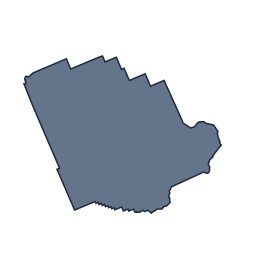 outline of Madison, Montana, United States of America, rotated 157°
{"feature_id": "52423323B46649756704287", "entity_name": "Madison", "entity_type": "district", "adm_level": 2, "iso_a3": "USA", "parent_name": "United States of America", "parent_adm1": "Montana", "projection": "natural_earth1", "projection_center": [-111.999, 45.284], "detail": "fine", "context": "isolated", "style": "filled", "palette": "slate", "viewbox_px": 256, "rotation_deg": 157, "n_neighbors": 0, "source": "geoboundaries", "source_scale": "gbopen_adm2", "svg_char_len": 1190}
<svg xmlns="http://www.w3.org/2000/svg" viewBox="0 0 256 256"><g transform="rotate(157 128 128)"><path d="M193.9,215.8L199.0,214.0L200.1,214.1L200.8,215.0L202.0,215.5L203.9,213.6L204.4,210.3L204.0,210.0L204.5,209.1L205.5,208.7L206.5,209.3L207.0,184.7L206.7,117.7L209.5,117.7L209.2,73.3L187.0,73.2L187.0,71.0L184.5,71.1L184.5,68.8L182.0,68.9L182.0,66.7L179.5,66.7L179.5,64.4L177.0,64.4L177.0,62.2L174.5,62.2L174.5,60.0L172.1,60.0L172.1,57.8L164.7,57.8L164.7,53.4L159.7,53.4L159.7,51.2L154.6,51.2L154.6,49.4L154.4,47.7L150.1,45.9L146.6,46.4L145.1,44.5L141.8,44.6L139.8,40.5L136.4,41.6L135.5,41.1L133.2,42.1L128.5,40.2L125.3,41.6L122.9,41.2L118.5,42.9L117.0,47.3L117.8,48.3L114.8,52.0L114.9,53.5L111.0,56.8L108.4,57.0L75.8,57.9L73.0,55.4L71.4,55.3L69.4,57.3L68.1,60.2L68.3,63.2L65.2,66.8L61.9,67.8L59.1,70.3L48.7,75.9L49.6,77.8L48.7,79.5L48.7,84.3L47.8,88.4L46.5,89.8L47.2,92.8L48.1,97.4L54.4,101.8L55.6,104.0L59.3,105.7L61.8,105.6L66.4,103.1L70.4,103.6L75.4,111.1L75.3,117.8L76.2,157.7L91.0,157.7L91.0,171.2L108.2,171.2L108.3,184.6L111.1,184.6L111.1,197.7L123.3,197.8L123.3,204.3L128.2,204.6L157.7,204.7L157.7,215.8L193.9,215.8Z" fill="#64748b" stroke="#1e293b" stroke-width="1.5"/></g></svg>